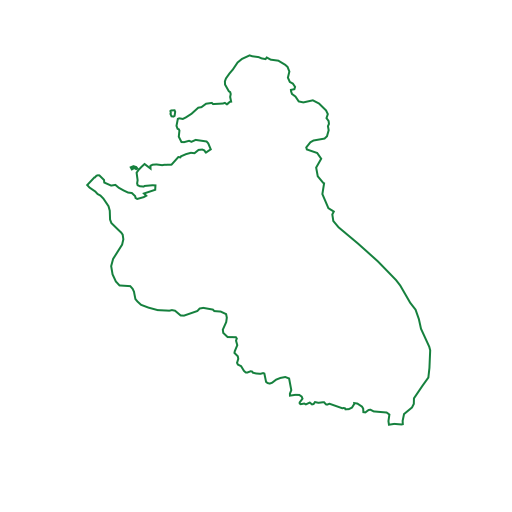 outline of Forecariah, Forécariah, Guinea, rotated 77°
{"feature_id": "49546643B90846257605457", "entity_name": "Forecariah", "entity_type": "district", "adm_level": 2, "iso_a3": "GIN", "parent_name": "Guinea", "parent_adm1": "Forécariah", "projection": "albers", "projection_center": [-13.107, 9.386], "detail": "fine", "context": "isolated", "style": "outline", "palette": "green", "viewbox_px": 512, "rotation_deg": 77, "n_neighbors": 0, "source": "geoboundaries", "source_scale": "gbopen_adm2", "svg_char_len": 3884}
<svg xmlns="http://www.w3.org/2000/svg" viewBox="0 0 512 512"><g transform="rotate(77 256 256)"><path d="M65.0,200.9L66.3,202.4L64.7,206.1L62.8,208.7L60.5,214.8L59.1,217.1L60.8,225.3L63.3,230.4L69.0,236.5L72.2,240.8L76.2,245.3L78.8,247.0L82.0,247.6L89.4,245.4L90.5,244.3L92.5,244.2L95.2,245.4L100.0,245.5L99.9,246.9L101.2,249.4L101.3,249.3L101.7,250.2L99.8,251.9L100.0,253.9L98.3,263.7L96.9,264.6L96.4,270.4L98.7,275.7L98.5,278.9L102.9,286.8L105.2,293.2L106.0,296.5L105.0,298.8L104.6,299.9L104.8,301.3L111.3,304.2L114.4,303.8L115.2,302.7L116.6,302.4L122.4,304.4L128.2,303.0L128.9,300.5L128.7,295.3L130.2,293.2L129.3,288.7L133.3,278.4L135.5,277.2L141.9,276.1L142.7,278.3L144.0,281.6L143.9,281.7L141.5,282.6L140.2,284.4L139.7,288.1L142.0,292.8L140.8,296.2L141.0,301.2L142.0,306.7L142.9,307.5L142.1,309.4L148.0,317.8L147.8,318.9L146.5,324.9L146.4,327.0L144.4,332.4L143.8,336.1L144.3,338.5L145.4,338.8L147.1,339.1L141.3,343.9L143.5,347.7L145.8,351.2L148.0,353.6L155.5,354.3L158.5,355.5L160.4,355.4L161.9,353.5L163.1,349.8L162.7,348.8L163.8,340.8L164.6,338.1L168.0,339.1L168.8,339.3L169.9,351.1L172.6,349.4L173.4,352.2L173.4,352.6L173.7,358.9L172.4,360.3L170.5,360.3L166.7,362.8L165.4,366.4L162.4,370.2L158.6,374.4L155.1,377.0L154.8,381.3L150.3,387.3L147.7,387.0L142.2,390.5L141.8,391.9L141.9,393.4L143.2,395.3L143.1,395.8L148.9,404.5L151.9,402.8L157.0,398.1L160.0,396.4L162.1,394.0L165.7,391.8L174.3,388.5L179.0,388.3L187.7,390.0L191.4,389.5L199.2,384.5L203.0,382.0L205.2,381.1L209.9,381.5L214.8,383.9L226.7,395.9L233.3,399.4L241.7,399.9L245.4,399.1L249.3,398.3L254.0,395.6L257.1,385.3L260.2,383.6L263.4,382.9L264.8,383.0L270.8,383.2L273.6,381.8L277.7,379.0L282.1,372.4L283.7,369.4L286.6,364.0L289.8,352.7L289.8,350.1L291.1,347.2L297.0,342.8L297.9,339.6L296.4,325.5L294.5,322.7L294.7,319.0L298.5,310.1L300.3,309.0L302.2,302.9L303.0,301.9L305.9,298.2L309.5,298.3L313.7,299.9L320.3,304.9L323.6,305.2L328.6,301.9L330.6,293.9L332.1,293.3L334.0,294.5L338.7,294.3L344.0,298.1L345.6,298.8L348.3,297.1L349.6,296.3L352.2,296.4L355.5,298.3L355.8,298.5L357.7,298.1L360.0,295.3L365.2,293.6L367.2,292.2L367.6,290.8L367.1,287.1L367.8,285.7L369.0,285.3L370.5,282.3L371.8,278.2L371.7,275.4L372.4,274.3L380.9,274.5L382.4,273.3L383.4,271.3L383.1,268.8L381.0,264.2L380.3,259.6L380.5,254.7L382.8,251.3L394.7,251.8L397.7,253.9L399.7,254.3L400.1,249.1L401.1,245.1L403.3,243.1L405.5,242.8L408.5,246.4L409.5,246.6L410.4,245.9L410.5,244.6L410.6,242.2L411.8,240.8L410.9,236.6L413.2,234.8L413.2,233.2L411.6,231.4L413.1,228.2L413.5,224.2L413.8,222.6L416.3,221.2L416.8,220.2L416.5,217.6L423.8,206.1L423.8,204.8L424.5,203.5L425.5,203.3L425.9,201.1L426.1,200.0L425.3,196.6L422.2,193.5L421.4,193.4L422.6,190.4L426.6,186.6L428.2,186.1L428.7,185.9L432.3,186.5L433.0,184.6L431.4,181.0L431.5,179.1L433.9,176.3L436.8,167.3L437.9,163.9L440.5,161.7L446.7,164.1L450.3,164.4L450.7,159.0L452.9,152.1L452.9,150.8L449.6,150.2L443.3,147.3L438.7,138.1L435.6,135.5L430.2,134.1L419.8,122.9L413.2,115.4L404.1,112.2L387.1,107.5L383.4,107.6L364.0,111.6L354.1,111.5L344.2,112.6L336.2,116.3L317.2,122.1L310.9,125.0L288.6,138.5L267.0,153.7L246.6,169.1L239.3,172.8L232.7,172.3L230.2,170.2L225.7,174.7L210.6,177.4L200.5,173.3L199.8,174.1L192.2,177.9L183.4,177.5L175.9,170.6L169.4,173.2L163.6,182.5L161.5,182.6L157.4,177.4L156.4,174.0L157.0,162.8L155.3,159.9L149.8,156.9L145.7,156.7L143.7,155.2L140.8,154.9L137.5,156.3L133.9,154.1L129.9,155.0L121.6,160.3L117.1,165.6L117.0,175.3L115.0,179.6L109.5,181.7L106.2,184.5L103.4,184.8L102.0,184.6L102.1,181.1L100.0,179.9L96.3,181.3L94.0,183.9L89.4,184.8L83.8,182.0L78.9,182.7L76.3,184.5L70.7,190.3L68.0,197.5L65.0,200.9ZM101.6,305.0L101.1,303.8L97.3,302.3L95.7,302.6L95.1,305.9L95.5,306.8L97.5,306.8L98.3,307.4L100.9,306.9L101.6,305.0ZM143.7,357.5L143.5,356.5L142.0,355.9L144.4,353.2L143.9,352.0L142.4,352.7L140.9,355.2L141.4,358.1L143.7,357.5Z" fill="none" stroke="#15803d" stroke-width="2"/></g></svg>